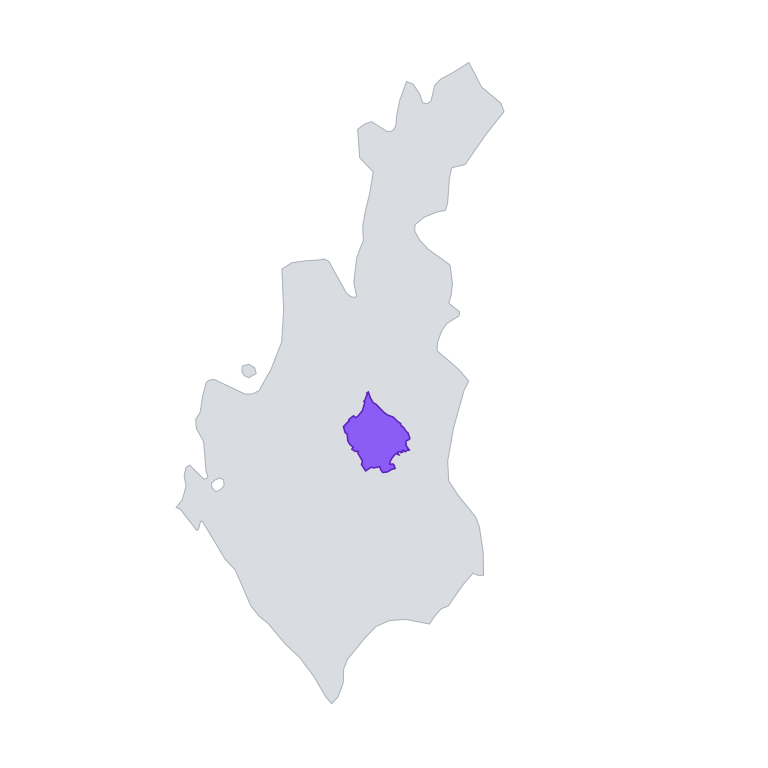 Kotayk, Kotayk, Armenia shown in context, rotated 240°
{"feature_id": "60910142B27902732275271", "entity_name": "Kotayk", "entity_type": "district", "adm_level": 2, "iso_a3": "ARM", "parent_name": "Armenia", "parent_adm1": "Kotayk", "projection": "natural_earth1", "projection_center": [44.724, 40.239], "detail": "fine", "context": "in_parent", "style": "filled", "palette": "violet", "viewbox_px": 768, "rotation_deg": 240, "n_neighbors": 0, "source": "geoboundaries", "source_scale": "gbopen_adm2", "svg_char_len": 3283}
<svg xmlns="http://www.w3.org/2000/svg" viewBox="0 0 768 768"><g transform="rotate(240 384 384)"><path d="M344.1,458.9L338.6,450.3L311.0,422.1L285.4,400.6L267.8,391.6L250.1,392.6L222.6,396.9L212.5,395.1L188.5,385.7L168.6,374.5L171.3,369.8L175.6,366.5L170.6,351.9L159.6,328.5L160.8,321.2L157.3,311.1L153.4,303.4L169.2,285.2L176.4,270.5L178.0,256.1L173.9,241.3L163.7,214.4L157.4,206.6L145.6,199.3L135.8,187.4L133.4,178.9L141.7,177.2L166.0,177.0L189.5,174.1L207.9,168.6L234.5,163.9L245.5,159.7L258.3,157.7L297.3,162.2L311.8,158.8L355.7,158.1L356.8,156.4L350.9,150.7L350.9,148.6L377.0,145.0L381.0,142.3L384.5,151.3L394.3,161.3L405.0,165.4L410.7,170.9L411.0,175.1L392.1,180.2L390.8,182.7L392.0,185.2L397.7,186.4L424.3,199.0L439.4,199.3L447.4,203.1L451.4,210.6L464.1,220.8L474.2,230.8L474.8,234.2L472.9,239.2L444.7,258.6L441.1,265.3L440.7,272.4L453.2,293.5L471.6,316.5L498.1,334.0L534.6,353.0L535.1,364.8L529.4,378.8L524.5,388.3L522.2,394.7L517.8,397.5L481.5,396.9L476.1,399.1L473.7,401.9L473.5,404.2L486.6,408.4L507.0,423.4L518.8,438.0L531.1,444.3L544.8,455.9L555.9,466.7L573.1,480.7L592.1,476.1L617.7,488.5L618.8,497.0L617.3,504.5L601.3,512.8L599.3,516.2L599.3,519.1L601.5,523.1L610.9,529.8L622.1,539.8L634.6,554.8L629.1,559.2L617.5,559.9L608.4,558.1L605.2,561.1L605.4,566.0L617.3,577.3L619.6,585.6L619.2,600.0L620.0,618.2L592.3,617.0L568.7,625.7L559.8,624.0L553.8,608.5L548.7,596.0L533.5,563.9L537.5,550.8L529.1,543.2L508.8,529.5L503.6,523.9L506.5,516.1L508.4,501.9L506.4,490.5L501.0,487.0L490.9,486.8L478.7,489.6L454.1,500.7L437.0,493.6L427.2,486.5L421.5,480.5L408.7,485.5L405.5,483.1L404.9,468.3L401.0,460.3L393.3,451.1L386.2,446.6L359.9,455.8L344.1,458.9ZM384.6,194.8L385.4,189.5L384.2,184.7L380.0,183.2L374.7,184.5L374.3,189.8L376.0,194.8L381.2,197.1L384.6,194.8ZM468.7,276.8L462.7,280.1L457.1,278.6L457.0,270.3L461.1,267.1L465.8,267.2L470.3,270.2L468.7,276.8Z" fill="#d9dde1" stroke="#a8b0b8" stroke-width="1"/><path d="M317.9,324.6L318.3,331.6L316.4,333.1L314.5,339.0L311.9,338.3L308.0,338.6L306.1,343.1L306.2,347.8L305.3,351.4L307.6,352.0L309.0,351.9L309.4,352.2L310.4,351.6L311.4,349.0L311.6,349.0L312.2,349.1L313.7,350.6L315.4,353.0L317.2,357.4L317.7,358.8L317.7,359.5L315.2,361.5L317.4,361.6L318.1,361.7L317.7,363.2L317.3,364.4L316.1,364.3L315.8,365.1L315.8,366.4L317.0,366.4L317.3,367.0L317.0,367.5L315.7,368.1L314.7,368.6L314.7,369.3L315.1,370.8L314.7,371.7L314.0,372.6L314.2,373.0L315.0,372.9L316.5,372.3L317.0,372.7L317.6,372.8L318.8,372.3L320.0,372.3L320.6,372.6L320.7,373.2L321.4,373.2L322.3,373.5L323.3,374.5L323.6,375.3L323.4,378.2L323.7,379.0L324.7,379.5L326.3,379.6L327.6,380.0L328.8,380.1L329.6,380.4L331.7,379.5L336.6,379.3L337.7,378.5L338.2,378.7L339.4,378.1L340.5,378.1L341.4,378.7L344.5,377.2L349.5,375.8L351.3,375.1L352.0,374.4L355.5,371.5L358.7,370.1L360.0,369.6L370.5,367.0L373.1,365.3L378.6,365.3L385.0,366.5L384.7,364.4L383.4,364.2L382.4,362.7L379.6,359.4L379.1,357.8L377.7,358.2L371.8,352.0L369.4,345.9L369.3,345.3L369.1,343.4L369.1,343.2L369.5,342.3L371.7,341.8L371.6,340.8L371.1,337.0L370.4,335.3L369.4,335.2L369.1,333.2L368.1,330.0L367.3,327.5L361.2,326.0L359.3,327.1L352.8,324.2L348.9,324.2L344.7,325.7L343.6,323.5L340.1,325.3L338.6,327.9L337.1,326.8L327.9,326.8L325.6,324.2L317.9,324.6Z" fill="#8b5cf6" stroke="#5b21b6" stroke-width="1.5"/></g></svg>